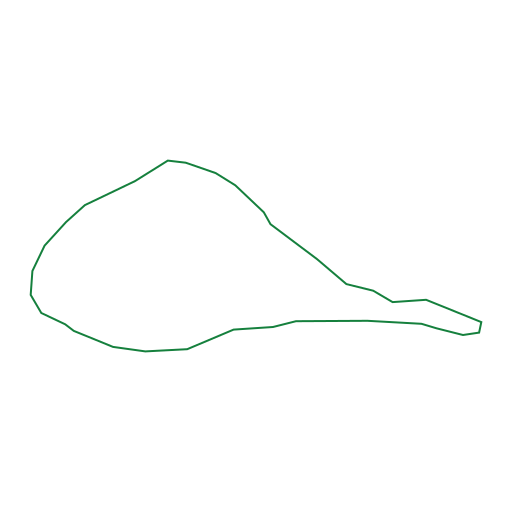 outline of Tamatam, Federated States of Micronesia
{"feature_id": "79324940B81673717572020", "entity_name": "Tamatam", "entity_type": "district", "adm_level": 2, "iso_a3": "FSM", "parent_name": "Federated States of Micronesia", "parent_adm1": "", "projection": "orthographic", "projection_center": [149.414, 7.539], "detail": "fine", "context": "isolated", "style": "outline", "palette": "green", "viewbox_px": 512, "rotation_deg": 0, "n_neighbors": 0, "source": "geoboundaries", "source_scale": "gbopen_adm2", "svg_char_len": 514}
<svg xmlns="http://www.w3.org/2000/svg" viewBox="0 0 512 512"><path d="M84.9,205.1L66.1,222.0L44.6,245.6L32.4,271.0L30.7,294.9L41.3,313.0L65.2,324.3L73.8,330.9L113.0,346.9L145.3,351.4L187.2,349.2L233.6,329.6L273.0,327.0L296.0,321.2L367.5,320.8L421.5,323.8L436.5,328.3L463.0,335.0L479.1,332.6L481.3,322.1L426.1,299.8L392.6,302.1L373.2,290.7L346.4,284.1L317.0,259.1L270.5,224.2L263.8,212.3L235.3,185.3L215.7,173.1L185.7,162.7L167.8,160.6L135.0,181.1L84.9,205.1Z" fill="none" stroke="#15803d" stroke-width="2"/></svg>